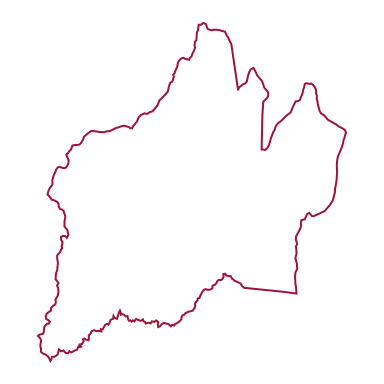 Água Fria de Goiás, Goiás, Brazil (Equal Earth projection)
{"feature_id": "56859067B46461362278919", "entity_name": "Água Fria de Goiás", "entity_type": "district", "adm_level": 2, "iso_a3": "BRA", "parent_name": "Brazil", "parent_adm1": "Goiás", "projection": "equal_earth", "projection_center": [-47.827, -14.895], "detail": "fine", "context": "isolated", "style": "outline", "palette": "rose", "viewbox_px": 384, "rotation_deg": 0, "n_neighbors": 0, "source": "geoboundaries", "source_scale": "gbopen_adm2", "svg_char_len": 5440}
<svg xmlns="http://www.w3.org/2000/svg" viewBox="0 0 384 384"><path d="M343.4,140.8L344.4,137.9L345.0,135.5L346.0,133.0L345.3,130.6L343.5,128.9L340.6,127.4L338.0,125.9L336.7,124.8L331.7,121.9L329.8,120.9L328.0,119.8L325.5,116.9L323.8,115.1L321.1,113.5L319.8,111.3L319.0,108.6L318.4,106.5L317.6,103.0L317.4,100.9L316.8,99.2L316.8,95.4L316.1,93.6L316.1,90.7L315.6,88.8L314.7,87.0L313.1,85.0L311.4,83.6L309.1,83.8L306.7,83.3L304.8,83.8L304.2,87.0L303.2,89.9L302.8,91.8L302.3,94.2L300.8,97.5L299.7,100.3L297.9,101.1L295.7,101.3L294.0,104.5L292.4,108.1L290.7,112.4L287.8,114.5L285.8,116.2L284.2,117.9L282.1,120.0L280.5,121.4L278.3,123.0L276.4,125.2L275.2,127.6L274.7,129.7L273.5,131.7L272.3,134.5L271.7,136.3L270.8,138.5L270.0,141.8L268.8,145.3L266.9,148.7L265.0,150.0L263.3,149.5L261.6,149.5L262.4,114.9L263.3,101.8L264.7,100.3L267.0,98.2L268.0,96.3L268.3,93.7L267.8,91.8L265.9,89.6L264.2,87.6L263.6,85.5L262.8,83.1L261.8,80.7L260.7,79.5L257.1,75.2L255.0,70.5L253.5,67.9L250.7,69.5L249.2,72.1L248.0,75.9L247.5,78.5L246.8,81.7L245.2,83.4L243.2,84.2L238.9,87.6L238.1,90.3L231.3,44.0L229.8,41.3L228.7,38.7L228.0,37.1L226.9,35.8L224.9,31.6L223.0,31.2L221.6,30.9L219.9,30.2L217.4,29.8L214.1,29.7L211.3,30.3L209.4,29.6L207.6,28.9L205.9,24.1L203.2,23.0L200.8,24.9L198.7,24.7L198.3,27.4L198.1,29.9L196.9,32.6L196.6,36.8L196.4,40.0L195.0,41.9L194.5,45.1L195.1,47.9L193.9,51.0L192.4,53.6L191.6,56.3L190.2,57.6L189.0,59.8L187.4,59.3L185.3,58.9L183.4,57.8L181.3,58.3L179.1,60.6L177.8,62.9L177.5,65.6L176.7,68.0L175.4,70.8L174.4,73.6L173.2,74.8L173.8,76.7L173.1,79.3L172.1,81.9L170.3,82.6L169.3,85.2L168.6,87.7L168.1,90.6L167.4,92.2L166.0,93.7L164.7,95.1L162.9,97.1L160.9,99.0L159.5,100.3L158.5,102.8L157.6,105.0L156.6,106.5L154.1,109.5L152.5,111.3L149.7,112.2L147.3,113.8L145.8,113.8L144.3,113.3L143.0,114.1L140.8,115.0L138.7,117.2L137.1,121.2L134.8,124.3L133.1,126.2L132.0,128.3L130.4,128.3L129.1,127.2L126.4,126.3L124.0,125.7L121.6,126.2L118.6,127.3L115.8,128.1L109.7,131.2L107.0,131.3L104.2,132.1L102.3,132.1L99.9,132.0L97.6,131.7L94.8,131.2L91.1,131.0L89.2,132.4L87.4,133.7L86.2,134.8L84.0,136.7L82.9,139.9L81.0,143.0L79.5,144.6L77.3,144.9L74.8,145.0L72.4,145.6L71.0,149.6L69.5,150.9L68.3,152.6L66.3,154.8L67.2,156.9L68.7,160.3L68.2,163.9L67.1,165.9L66.0,167.6L64.7,168.1L62.4,167.9L59.5,166.8L57.6,167.6L56.3,169.4L55.2,172.2L53.8,175.1L53.1,177.4L52.3,180.1L52.5,184.1L51.6,185.9L50.1,187.7L48.8,189.9L48.0,192.6L47.5,194.5L48.9,195.9L50.4,197.7L51.6,199.7L53.8,200.2L56.3,201.4L57.6,202.2L58.5,204.0L58.7,206.5L59.9,208.8L62.1,209.7L63.5,210.8L64.1,212.6L64.9,215.0L65.4,217.3L64.8,219.5L64.5,221.4L64.5,226.6L67.4,230.2L67.8,232.2L68.3,235.1L66.8,237.8L65.2,236.1L62.8,236.0L61.0,236.8L61.1,239.7L62.6,242.4L61.7,246.2L62.2,248.2L61.1,249.4L60.4,251.6L59.1,253.2L57.2,255.3L57.1,257.9L57.5,260.1L57.9,263.2L57.5,266.7L57.3,269.7L56.2,272.9L55.8,275.7L55.6,279.2L58.5,283.1L57.0,285.7L58.1,287.7L58.4,291.6L57.9,295.3L56.7,297.4L55.5,299.5L55.8,302.4L55.3,304.4L54.0,305.2L52.6,306.3L51.2,307.8L50.8,310.7L48.7,312.1L46.7,313.7L45.7,316.6L46.3,319.1L48.4,320.1L49.8,321.7L48.7,323.7L47.0,323.8L45.6,325.2L44.2,327.2L43.8,331.8L43.2,333.7L41.7,334.1L39.5,334.6L38.0,335.9L39.3,337.2L40.5,339.0L41.2,340.8L40.4,344.1L40.4,346.9L41.1,348.9L40.9,351.8L43.3,353.8L45.7,354.5L48.0,356.5L49.1,358.0L50.3,361.0L51.4,359.3L52.0,356.8L54.7,356.7L57.5,354.7L58.3,351.9L58.9,349.4L61.0,351.4L63.5,350.4L64.6,352.0L66.0,353.0L68.2,353.2L69.4,351.3L71.3,352.4L73.3,351.4L75.1,350.4L77.1,349.6L78.5,346.4L79.8,347.2L81.2,346.7L79.7,344.5L82.1,343.9L83.7,341.2L83.0,339.3L84.3,338.6L86.2,339.7L88.6,340.3L88.9,337.6L88.7,335.5L90.5,333.6L91.5,331.4L94.0,330.2L96.7,331.2L98.3,330.8L101.3,331.4L100.9,329.2L102.7,329.4L103.9,327.0L105.4,324.7L107.0,324.0L108.5,324.7L109.5,322.9L110.6,319.8L113.1,318.8L113.5,316.0L114.7,317.9L117.0,318.8L117.7,316.5L118.8,312.7L120.0,310.6L120.7,312.5L120.8,314.7L122.4,314.1L124.0,314.7L125.7,316.4L127.5,316.2L128.1,319.2L128.9,320.8L130.5,320.4L131.5,321.6L132.8,320.4L134.5,321.3L136.0,319.0L138.5,320.0L140.7,320.9L142.9,319.4L143.5,321.3L145.0,322.0L145.9,323.7L148.7,322.6L150.7,323.4L151.9,321.3L154.4,321.9L156.2,320.4L158.2,321.9L157.9,324.5L158.2,327.0L159.9,326.4L161.8,324.0L164.0,322.8L166.3,323.6L168.3,324.0L170.9,326.3L172.1,324.7L174.0,325.7L175.2,324.0L177.0,323.3L178.2,322.3L180.1,320.8L181.4,319.2L181.6,317.1L182.5,315.3L184.2,314.8L185.4,313.2L187.0,312.4L189.1,311.5L191.0,311.2L192.7,310.7L193.7,309.0L194.8,307.8L195.3,306.0L194.9,303.6L196.2,301.7L197.4,300.4L197.8,298.4L199.4,298.1L200.3,295.7L201.7,292.9L203.5,290.1L205.7,289.1L207.5,289.8L209.2,289.8L210.6,289.4L212.3,288.5L212.6,285.6L214.9,284.7L216.4,283.2L217.1,281.4L218.7,279.9L220.8,280.1L222.3,279.2L223.6,277.0L223.3,274.1L225.4,273.7L226.1,275.4L228.5,276.2L230.7,276.1L232.0,278.6L233.4,279.6L234.6,280.9L236.0,281.3L238.4,282.5L240.6,283.5L242.1,286.0L244.1,287.8L284.2,291.9L296.5,293.6L296.0,287.0L295.3,283.0L295.3,280.7L295.0,277.0L295.4,272.5L297.3,268.8L296.8,263.6L296.3,261.3L295.4,258.2L296.5,253.7L296.4,250.3L295.9,246.6L297.1,244.0L295.8,239.3L296.1,236.3L300.0,229.1L301.1,226.0L300.8,223.2L301.4,220.1L304.7,219.3L306.4,215.8L307.3,213.9L309.3,212.9L311.8,215.9L313.4,216.3L324.6,211.1L329.8,205.1L332.9,200.3L333.8,196.7L334.8,192.8L335.1,188.5L335.6,186.4L336.6,179.6L337.1,171.9L336.8,165.6L337.0,161.7L337.8,156.7L339.3,153.2L341.9,147.1L343.1,143.1L343.4,140.8Z" fill="none" stroke="#9f1239" stroke-width="2"/></svg>